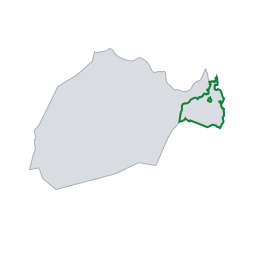 Tillabéri highlighted on a map of Niger, rotated 204°
{"feature_id": "NER-4859", "entity_name": "Tillabéri", "entity_type": "Department", "adm_level": 1, "iso_a3": "NER", "parent_name": "Niger", "parent_adm1": "", "projection": "equal_earth", "projection_center": [2.123, 13.809], "detail": "fine", "context": "in_parent", "style": "outline", "palette": "green", "viewbox_px": 256, "rotation_deg": 204, "n_neighbors": 0, "source": "natural_earth", "source_scale": "10m", "svg_char_len": 7239}
<svg xmlns="http://www.w3.org/2000/svg" viewBox="0 0 256 256"><g transform="rotate(204 128 128)"><path d="M189.6,184.1L187.6,184.1L186.5,184.6L185.1,186.0L183.6,186.6L181.7,187.8L180.5,188.9L179.3,189.6L177.8,191.6L177.3,193.1L175.7,193.3L173.5,193.1L172.1,191.6L168.9,190.1L166.8,189.4L165.8,189.2L160.9,189.0L155.6,189.6L152.9,190.3L152.4,190.5L150.9,191.4L149.7,192.4L146.3,197.2L141.8,197.0L139.1,196.5L136.9,195.8L133.6,193.6L129.7,190.2L128.2,189.7L126.8,189.4L126.3,189.5L121.7,192.9L120.8,192.8L119.7,193.2L118.9,194.0L118.4,194.4L117.8,194.5L117.1,194.3L116.4,193.8L115.6,192.8L113.7,189.1L113.3,188.4L112.4,187.3L111.0,185.6L110.1,184.8L109.5,184.6L108.8,184.7L105.1,183.2L101.3,181.6L100.5,181.8L99.9,182.2L98.6,183.3L97.0,183.5L95.1,183.5L94.0,183.3L92.3,183.7L91.2,184.1L89.7,184.9L87.7,187.1L87.2,187.4L86.7,187.7L86.0,193.6L85.5,195.4L84.5,197.7L82.6,200.0L81.3,201.3L81.2,203.2L81.1,206.1L81.1,208.2L81.2,209.5L81.0,210.2L80.9,210.8L81.0,211.6L81.3,212.0L81.5,212.6L81.4,213.0L80.7,213.6L80.0,212.2L79.1,211.3L78.2,210.9L77.5,210.2L77.1,209.2L75.9,207.4L72.9,203.7L72.6,203.6L72.1,203.5L71.3,203.9L70.7,204.5L70.4,204.7L69.8,204.8L68.4,205.2L67.3,205.8L67.3,206.3L67.8,209.1L67.6,210.6L67.1,209.9L65.4,207.1L64.3,205.0L64.1,204.6L63.9,203.8L64.1,203.5L64.5,203.3L65.5,203.0L65.7,202.8L65.8,202.3L65.6,201.2L65.0,199.8L64.4,198.8L64.1,198.6L63.5,198.6L62.8,198.7L61.6,199.9L61.0,200.1L59.7,200.0L58.6,199.8L57.9,199.2L55.8,196.9L53.5,194.4L52.5,194.1L52.3,193.8L52.1,191.9L52.2,189.7L52.3,189.1L53.3,189.4L54.3,189.6L54.6,189.2L53.8,188.4L52.6,187.6L52.2,186.3L51.8,185.9L51.3,185.5L50.7,185.2L50.1,184.9L49.7,184.5L49.0,184.4L48.3,184.1L47.2,182.1L46.2,180.2L45.6,178.7L45.4,177.7L45.7,176.2L45.4,175.6L44.3,174.0L43.4,172.5L43.6,170.2L43.8,168.3L43.8,167.1L44.0,166.5L44.1,165.7L44.7,165.5L46.3,165.5L49.4,165.8L51.9,165.4L52.0,165.4L53.8,163.3L55.7,161.2L58.6,161.0L61.8,160.8L64.3,160.7L67.9,160.5L70.8,160.4L74.2,160.2L74.3,159.2L74.5,159.0L74.8,158.9L77.3,159.5L79.6,160.0L79.8,158.1L81.8,155.8L83.0,155.3L83.3,154.9L83.6,154.2L83.9,153.0L84.0,152.1L84.4,151.4L84.7,150.1L85.1,147.8L86.3,145.4L86.9,142.1L87.0,139.0L87.1,136.6L87.5,136.1L87.4,131.9L87.4,127.6L87.4,124.0L87.3,119.5L87.3,115.6L87.3,111.4L87.3,107.6L87.2,105.1L89.6,104.5L92.0,103.8L95.5,102.9L99.4,101.9L103.5,100.9L104.5,100.2L107.6,96.6L109.0,94.9L111.8,91.7L114.0,89.1L116.7,85.9L119.6,82.7L121.9,80.2L125.5,77.3L131.0,72.9L136.4,68.5L141.9,64.2L147.3,59.8L152.7,55.5L158.1,51.1L163.5,46.8L168.9,42.4L174.5,44.1L179.8,45.7L185.1,47.2L186.4,48.1L189.2,51.2L193.0,55.1L193.3,55.2L196.7,52.9L201.0,49.8L202.5,58.1L203.6,65.2L203.8,69.7L203.9,70.9L204.3,71.7L205.1,72.5L208.7,79.0L208.0,80.1L208.6,82.2L209.5,83.0L212.4,87.0L212.8,87.7L212.6,88.3L210.8,93.0L210.5,94.1L210.3,100.0L210.1,104.1L209.9,109.8L209.6,116.7L209.4,122.5L209.2,130.1L208.9,137.4L206.1,141.4L201.3,148.5L197.3,154.2L195.3,158.1L191.4,165.7L189.7,170.6L188.4,173.1L187.7,174.2L188.4,177.8L189.6,184.1Z" fill="#d9dde1" stroke="#a8b0b8" stroke-width="1"/><path d="M72.5,203.2L72.4,203.5L72.1,203.5L71.8,203.5L71.7,203.5L71.4,203.9L71.3,204.0L71.2,204.0L71.1,203.9L70.9,204.0L70.8,204.3L70.6,204.7L70.5,204.8L70.2,204.7L70.0,204.8L69.9,204.9L69.7,204.8L69.3,204.9L69.3,205.0L69.2,205.1L68.9,205.0L68.7,204.9L68.6,205.0L68.5,205.3L68.4,205.2L68.2,205.4L68.0,205.5L67.8,205.4L67.6,205.5L67.3,205.6L67.2,205.9L67.3,206.2L67.4,207.0L67.7,208.4L67.8,208.6L68.0,208.8L68.3,209.0L68.3,209.4L68.2,209.4L67.9,209.5L67.8,209.8L67.7,209.9L67.4,210.1L67.5,210.5L67.0,210.0L66.1,208.4L65.4,207.0L64.5,205.5L64.1,204.6L63.9,204.1L63.9,203.7L64.1,203.5L64.7,203.3L64.8,203.1L65.0,203.1L65.7,203.1L65.9,203.0L66.0,202.9L66.0,202.6L66.0,202.3L65.9,202.2L65.8,201.9L65.7,201.8L65.7,201.6L65.6,201.4L65.5,200.5L65.5,200.4L65.4,200.2L65.1,199.8L65.0,199.7L64.9,199.5L64.8,199.2L64.5,198.7L64.1,198.6L63.0,198.5L62.9,198.5L62.7,198.8L62.4,198.9L62.2,199.1L62.0,199.5L61.9,199.8L61.8,200.0L61.6,200.2L61.4,200.2L60.0,200.1L58.9,199.9L58.6,199.8L58.2,199.6L57.5,198.8L56.9,198.1L56.0,197.1L55.7,196.8L54.9,195.9L54.3,195.2L53.7,194.5L53.3,194.3L52.5,194.2L52.2,194.0L52.1,193.7L52.1,193.4L52.1,193.2L52.1,192.2L52.1,190.9L52.1,189.6L52.2,189.0L52.5,189.1L53.3,189.5L53.9,189.7L54.2,189.9L54.4,189.3L54.4,189.2L54.5,189.1L54.8,189.4L55.0,189.5L55.3,189.4L55.1,189.0L55.0,188.9L54.8,188.8L54.3,188.8L54.1,188.7L52.9,188.0L52.6,187.6L52.4,187.2L52.3,186.5L51.9,185.9L51.3,185.4L50.8,185.2L50.4,185.3L50.2,185.3L50.0,185.1L49.9,185.0L49.8,184.9L49.9,184.7L49.9,184.4L49.7,184.4L48.3,184.5L48.0,184.3L47.9,184.0L47.9,183.7L48.0,183.4L48.1,183.2L47.8,182.9L47.7,182.8L47.6,182.6L47.2,182.2L46.9,181.8L46.8,181.5L46.7,181.4L46.5,181.2L46.4,181.1L46.5,180.7L46.4,180.4L46.2,180.3L46.0,180.1L46.0,179.8L45.9,179.6L45.7,179.4L45.6,179.2L45.7,178.8L45.6,178.6L45.4,178.4L45.3,178.1L45.3,177.9L45.6,177.2L45.7,176.6L45.8,176.3L45.8,176.2L45.3,175.3L43.8,173.4L43.6,173.2L43.3,172.5L43.2,171.8L44.0,169.1L43.9,168.7L43.6,167.8L43.6,167.4L43.8,167.2L44.0,166.8L44.0,166.5L43.9,165.7L43.9,165.4L44.0,165.2L45.4,165.7L45.8,165.7L46.2,165.6L46.9,165.3L47.2,165.3L48.9,166.1L49.0,166.0L49.3,165.9L49.6,165.8L50.0,165.6L51.6,165.6L51.9,165.5L52.2,165.3L53.1,164.2L53.8,163.3L54.7,162.3L55.4,161.4L55.7,161.1L56.1,161.0L56.9,161.0L57.9,160.9L59.0,160.9L60.0,160.9L61.1,160.8L62.1,160.8L63.1,160.7L64.2,160.7L65.2,160.6L66.3,160.6L67.3,160.5L68.4,160.5L69.4,160.4L70.5,160.4L71.5,160.3L72.6,160.3L73.6,160.2L74.2,160.2L74.2,159.5L74.2,159.2L74.3,159.1L74.5,159.0L74.9,158.9L76.2,159.2L78.3,159.7L79.4,159.9L79.5,160.0L79.8,158.3L79.9,157.9L80.8,157.2L81.7,156.0L82.0,155.7L82.9,155.5L83.3,155.2L83.6,154.7L83.7,154.9L86.2,163.9L86.1,165.9L86.1,166.5L86.2,166.8L87.8,170.2L87.6,171.9L87.3,172.4L87.0,172.5L86.9,172.6L86.7,173.1L86.5,173.3L86.3,173.5L85.5,174.0L85.4,174.0L85.1,174.0L84.9,174.0L84.7,174.1L83.1,175.9L82.8,176.5L82.7,176.6L82.7,176.9L82.3,179.1L82.2,179.4L82.0,179.7L80.0,182.2L79.6,182.5L77.8,183.5L77.7,183.5L77.5,183.4L76.4,182.8L76.2,182.7L76.0,182.9L75.8,183.3L75.6,183.7L75.5,185.0L75.4,185.2L75.3,185.4L75.2,185.5L74.2,185.5L74.0,185.8L73.8,186.5L73.7,186.6L73.2,186.8L72.9,186.9L72.9,187.0L72.9,187.3L72.8,187.7L72.7,188.0L72.7,188.3L72.8,188.6L72.7,189.4L72.6,190.0L72.4,190.4L72.3,190.5L72.2,190.6L71.8,190.4L71.5,190.3L71.4,190.3L71.0,190.4L70.1,191.4L69.9,191.5L69.7,191.6L69.2,191.5L69.2,191.4L69.1,191.5L68.9,191.6L68.7,191.7L68.6,191.9L68.5,192.1L68.5,192.3L69.2,194.4L70.9,194.7L71.1,194.7L71.2,194.8L71.3,195.1L71.2,195.2L71.2,195.3L70.6,195.9L70.3,196.1L70.2,196.2L70.0,196.4L70.0,196.5L69.9,196.6L69.9,196.9L69.9,197.1L70.1,198.2L70.1,198.3L70.1,198.5L70.1,198.8L70.0,199.2L70.0,199.5L70.1,200.5L70.1,200.8L70.2,201.0L70.2,201.4L70.2,201.5L70.6,201.5L70.8,201.6L70.8,201.4L70.9,201.2L71.0,201.1L71.2,201.3L71.2,201.5L71.2,201.8L71.3,202.3L71.4,202.6L71.6,202.7L71.9,202.8L72.3,203.1L72.5,203.2ZM64.6,185.4L64.1,185.2L63.7,185.2L63.3,185.4L63.1,185.8L63.0,186.2L63.0,186.7L63.2,187.2L63.5,187.7L63.8,188.1L64.2,188.3L64.6,188.4L64.9,188.4L65.3,188.4L65.3,188.6L65.4,188.8L65.5,189.1L65.7,188.8L65.9,188.7L66.1,188.1L66.2,187.5L66.3,186.9L66.3,186.4L66.3,186.0L66.1,185.9L65.9,186.0L65.8,185.8L65.8,185.4L65.7,185.3L65.2,185.4L64.6,185.4Z" fill="none" stroke="#15803d" stroke-width="2"/></g></svg>